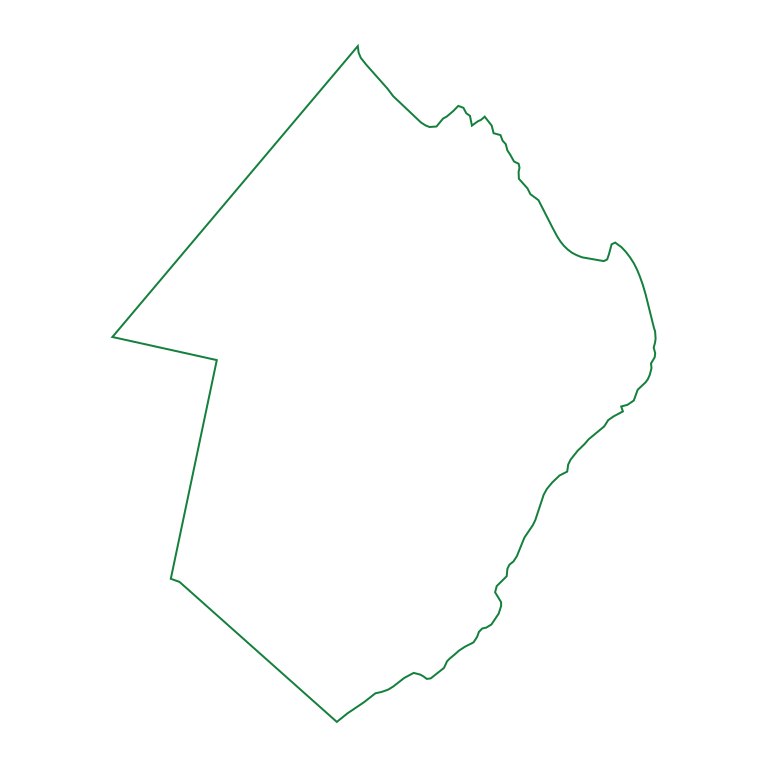 outline of Ngerbelau, Angaur, Palau
{"feature_id": "81905179B91574201730062", "entity_name": "Ngerbelau", "entity_type": "district", "adm_level": 2, "iso_a3": "PLW", "parent_name": "Palau", "parent_adm1": "Angaur", "projection": "mercator", "projection_center": [134.149, 6.91], "detail": "fine", "context": "isolated", "style": "outline", "palette": "green", "viewbox_px": 768, "rotation_deg": 0, "n_neighbors": 0, "source": "geoboundaries", "source_scale": "gbopen_adm2", "svg_char_len": 1693}
<svg xmlns="http://www.w3.org/2000/svg" viewBox="0 0 768 768"><path d="M170.8,578.8L179.5,581.9L336.8,721.9L347.4,713.4L364.0,702.2L375.4,693.3L381.7,691.9L388.0,689.7L393.1,686.6L404.3,677.9L413.7,672.9L420.3,674.6L423.6,676.5L426.8,678.9L430.7,678.4L444.0,667.9L447.1,661.2L449.8,658.5L455.8,653.5L458.7,650.8L465.0,646.7L473.5,642.4L477.1,636.9L478.9,631.9L482.2,628.5L486.3,627.6L491.4,624.5L498.7,613.6L501.1,606.0L501.1,602.2L498.9,598.5L495.1,592.3L496.7,586.1L506.7,576.2L507.4,568.8L509.4,564.7L513.5,561.4L516.9,556.1L524.4,537.6L532.8,525.2L535.3,520.1L543.7,494.7L546.9,488.9L552.2,482.5L559.5,475.5L567.2,471.6L568.2,464.5L570.6,459.6L577.6,450.8L584.7,443.9L588.6,439.3L604.3,426.3L608.2,420.1L613.9,416.2L622.9,411.4L621.2,406.5L627.5,404.8L633.8,400.5L637.7,389.7L645.4,382.5L647.8,379.3L649.8,374.8L651.5,368.1L651.0,363.5L654.7,357.3L655.2,353.2L653.7,347.6L655.1,342.4L655.6,338.6L655.1,331.4L653.9,327.7L645.7,294.7L642.8,284.8L639.9,276.6L637.0,269.5L633.8,263.2L630.0,257.3L625.9,251.9L621.5,247.2L615.2,242.6L611.6,244.3L608.9,254.4L607.2,259.4L603.8,261.1L582.0,257.3L576.5,255.1L571.9,252.7L567.7,249.5L563.8,245.7L560.5,241.6L557.1,236.3L552.3,227.3L538.5,200.2L530.4,194.2L527.5,188.4L518.9,178.8L518.6,171.9L519.5,167.8L518.6,163.7L514.0,161.5L510.1,154.5L507.3,150.3L505.8,144.2L502.6,140.7L500.5,135.1L493.6,133.2L491.7,125.6L484.7,116.7L481.1,119.8L477.7,121.4L471.9,125.6L470.0,115.9L466.3,113.3L463.4,107.8L458.3,105.9L453.2,111.1L446.7,116.6L443.1,118.5L436.5,126.5L429.5,127.0L425.7,125.5L421.1,122.6L393.2,96.2L387.7,88.9L366.4,64.9L360.8,57.9L358.6,52.6L357.8,46.1L112.4,337.0L216.8,360.1L170.8,578.8Z" fill="none" stroke="#15803d" stroke-width="2"/></svg>